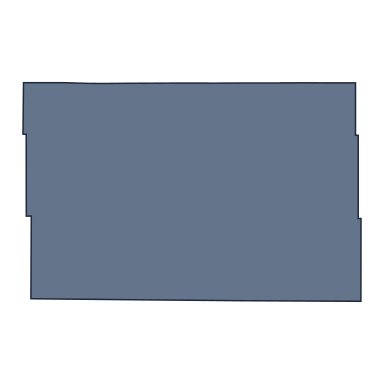 Cherry, Nebraska, United States of America
{"feature_id": "52423323B98864499560077", "entity_name": "Cherry", "entity_type": "district", "adm_level": 2, "iso_a3": "USA", "parent_name": "United States of America", "parent_adm1": "Nebraska", "projection": "mercator", "projection_center": [-100.973, 42.543], "detail": "fine", "context": "isolated", "style": "filled", "palette": "slate", "viewbox_px": 384, "rotation_deg": 0, "n_neighbors": 0, "source": "geoboundaries", "source_scale": "gbopen_adm2", "svg_char_len": 612}
<svg xmlns="http://www.w3.org/2000/svg" viewBox="0 0 384 384"><path d="M360.9,301.3L361.0,218.5L358.2,218.5L358.2,135.3L355.5,135.3L355.5,119.6L355.5,82.9L341.5,82.9L340.5,82.9L328.9,82.9L327.9,82.9L307.2,82.8L296.3,82.8L294.6,82.9L293.0,82.9L280.3,82.9L279.2,83.0L237.6,83.0L234.0,83.1L230.7,83.1L221.6,83.1L220.6,83.1L214.2,83.2L206.6,83.1L174.3,83.1L174.1,83.1L173.9,83.1L173.7,83.1L126.1,83.3L104.0,83.5L88.5,83.4L64.5,82.7L23.5,82.7L23.0,134.2L26.2,134.2L26.3,216.1L31.3,216.1L30.9,298.7L36.9,298.8L139.1,299.8L241.4,300.7L343.3,301.2L360.9,301.3Z" fill="#64748b" stroke="#1e293b" stroke-width="1.5"/></svg>